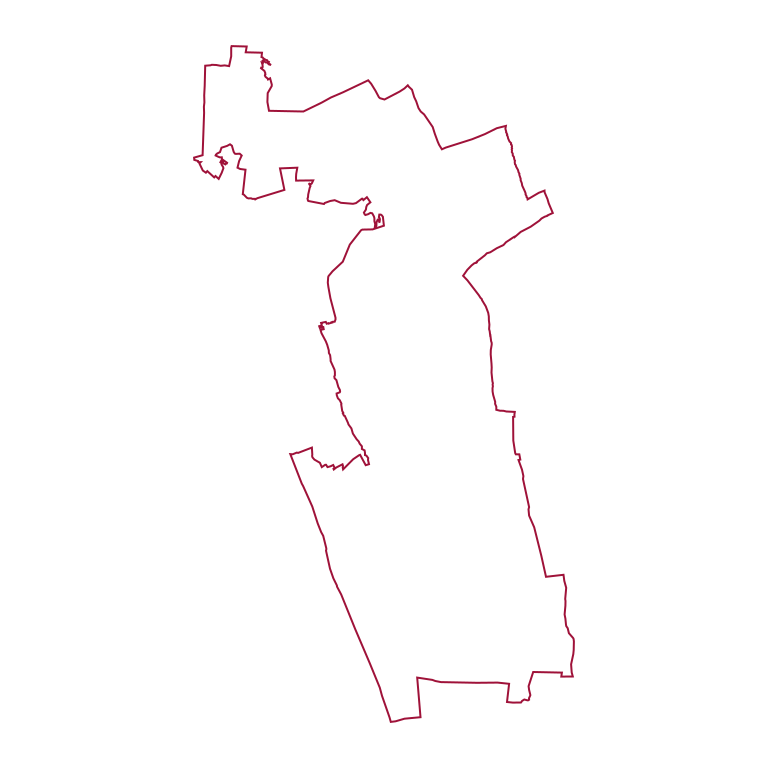 outline of Beresti-Meria, Galati, Romania
{"feature_id": "2599482B493260480415", "entity_name": "Beresti-Meria", "entity_type": "district", "adm_level": 2, "iso_a3": "ROU", "parent_name": "Romania", "parent_adm1": "Galati", "projection": "albers", "projection_center": [27.919, 46.071], "detail": "fine", "context": "isolated", "style": "outline", "palette": "rose", "viewbox_px": 768, "rotation_deg": 0, "n_neighbors": 0, "source": "geoboundaries", "source_scale": "gbopen_adm2", "svg_char_len": 6064}
<svg xmlns="http://www.w3.org/2000/svg" viewBox="0 0 768 768"><path d="M547.4,215.8L547.5,215.4L552.8,213.0L548.7,203.3L547.5,199.1L544.6,192.3L544.5,190.6L538.8,192.8L527.6,199.4L527.3,197.7L526.6,197.2L526.4,195.8L525.6,194.6L525.6,193.4L525.0,191.7L522.2,185.6L521.8,183.2L520.6,180.1L520.7,178.9L519.3,174.7L519.4,173.6L518.6,172.4L518.0,170.0L516.1,166.6L515.7,165.0L515.0,164.2L514.7,162.0L515.0,160.7L514.4,159.8L513.8,156.7L512.8,155.6L512.7,153.5L511.8,152.1L512.0,150.5L511.7,149.4L512.1,148.5L511.7,147.7L512.0,146.7L511.7,145.0L511.0,144.5L511.1,143.1L509.5,141.5L508.1,138.4L507.7,136.4L507.0,135.3L507.2,134.4L506.8,133.9L506.8,133.4L506.1,132.3L506.2,131.6L505.4,128.8L505.9,125.9L496.8,128.2L484.9,134.1L472.2,139.2L445.7,147.6L441.9,149.3L439.1,144.8L437.7,141.6L434.8,133.7L432.7,127.0L424.1,114.4L420.7,111.5L418.5,108.1L416.2,101.3L414.2,97.1L412.0,89.7L408.9,86.8L407.8,85.3L404.4,88.5L399.6,91.6L384.5,99.5L380.0,98.2L378.9,97.2L375.5,90.8L371.2,83.8L368.2,80.3L343.0,92.3L330.9,97.5L321.7,102.6L303.4,111.5L269.0,110.8L267.4,102.0L267.7,93.1L271.7,86.1L271.8,84.6L270.1,78.3L268.0,79.5L267.6,78.5L265.6,76.9L264.9,75.6L265.4,74.4L265.1,74.1L265.3,73.1L264.4,70.9L261.0,68.2L261.2,67.7L262.1,67.9L262.7,67.0L262.5,64.7L261.8,62.5L262.9,62.9L263.1,61.6L262.6,60.7L263.0,60.4L265.6,62.4L266.9,62.4L268.9,64.4L271.0,65.0L268.4,63.0L268.9,61.9L267.6,61.3L267.1,60.2L265.8,59.9L263.3,58.3L262.7,57.5L261.5,57.1L262.0,52.7L245.7,52.3L246.7,46.5L231.6,46.1L231.2,47.6L231.2,56.3L229.1,66.1L224.7,65.4L220.7,65.8L216.3,65.0L211.8,64.8L210.5,65.3L205.2,65.7L204.7,85.8L204.2,95.4L204.4,102.4L203.9,106.8L204.1,112.7L202.6,155.2L194.1,157.6L194.3,159.9L198.0,161.0L198.0,161.8L198.6,162.1L200.7,162.1L199.4,163.4L202.8,170.5L205.9,172.7L207.3,171.1L214.2,177.4L215.5,176.0L218.7,178.9L221.7,172.8L223.4,168.2L223.1,167.0L221.6,164.6L221.3,162.9L220.4,162.3L221.1,160.9L223.2,162.5L223.5,163.5L225.4,164.4L225.8,163.8L226.8,163.5L227.1,162.8L222.0,159.2L221.8,157.3L220.0,157.4L218.6,156.9L215.6,155.5L215.9,154.7L217.2,153.5L220.0,152.1L221.5,147.7L227.1,145.9L230.0,144.3L231.9,145.7L233.7,151.9L234.8,153.6L235.8,153.9L239.7,153.7L241.7,155.5L239.1,161.1L237.5,167.7L240.2,169.0L245.5,169.7L242.8,194.2L243.8,194.6L246.9,197.8L248.4,198.4L251.0,198.3L252.4,198.9L255.3,198.9L255.4,199.3L257.3,198.2L284.4,189.9L280.0,168.4L297.3,167.7L296.2,173.9L296.0,177.2L296.1,180.6L313.2,180.4L311.8,183.4L311.3,183.9L310.0,184.0L308.7,183.3L310.5,186.0L309.7,187.9L308.2,194.5L308.0,197.3L307.5,198.5L308.0,200.7L308.4,201.0L324.0,204.0L324.7,203.0L330.2,201.0L334.7,200.2L340.9,202.8L353.0,203.8L356.0,203.1L361.9,198.7L362.5,198.7L363.4,200.1L366.9,197.2L370.4,202.3L367.1,205.0L366.3,206.9L365.9,209.6L363.9,212.6L364.7,214.4L365.4,215.0L368.1,214.2L370.4,212.9L372.2,213.3L373.9,216.4L374.4,218.1L374.4,221.2L375.2,224.1L374.8,227.6L374.4,228.5L375.3,228.1L376.4,225.7L376.5,222.3L377.7,219.6L378.5,219.5L379.3,222.0L379.6,221.9L379.9,219.4L379.7,218.3L378.9,217.2L379.3,214.6L380.8,214.6L381.8,215.3L382.9,216.8L383.9,225.7L372.6,229.4L362.3,229.6L361.0,230.3L349.8,244.6L342.8,261.7L332.5,271.3L328.6,276.0L328.2,277.0L327.8,282.7L328.4,287.1L330.4,298.2L335.5,317.7L335.5,319.5L334.7,321.7L332.7,321.8L331.7,322.2L332.0,322.6L328.6,323.6L328.4,323.2L326.7,323.7L325.8,321.9L322.5,322.6L321.9,323.5L321.7,322.8L321.1,322.9L321.8,325.5L319.2,326.2L319.8,327.9L323.3,327.1L323.7,329.2L320.5,329.9L321.5,333.2L325.8,341.3L327.2,344.8L328.8,350.4L328.9,353.0L330.1,355.1L330.6,359.1L330.6,361.0L334.5,369.6L334.9,372.0L334.9,375.4L334.3,376.4L334.6,378.3L336.4,380.1L338.3,386.9L339.9,390.0L340.1,391.5L339.8,392.3L336.6,393.5L336.8,395.3L337.9,398.3L339.7,400.1L341.4,403.5L341.4,404.1L341.2,404.4L342.2,410.9L343.3,412.9L342.8,413.3L343.9,415.6L344.8,415.9L348.0,422.9L348.5,424.5L351.4,428.4L352.9,433.6L356.6,439.2L358.7,441.5L359.7,443.7L361.9,446.3L361.9,449.0L364.6,450.4L365.0,453.0L365.0,455.1L366.4,455.6L368.2,458.1L368.0,460.0L369.0,464.2L365.7,465.2L360.1,454.8L359.1,455.2L353.2,459.2L343.1,469.4L342.7,467.3L343.0,465.9L342.5,464.3L336.3,467.5L333.8,469.5L333.5,468.8L334.7,468.0L333.2,465.0L330.5,466.3L327.5,467.1L326.1,464.8L325.2,464.8L321.8,467.1L319.9,462.8L314.4,459.6L312.5,457.4L312.1,456.0L312.3,454.8L311.9,447.6L298.1,452.9L296.8,452.6L292.6,454.3L290.3,454.1L301.8,483.7L303.1,486.0L312.3,506.6L317.7,523.4L321.2,532.2L323.2,535.8L326.3,548.3L326.3,549.6L326.0,550.6L330.0,568.7L333.4,578.4L336.9,585.5L337.0,586.6L341.2,594.5L355.2,629.1L369.8,663.3L379.8,687.7L382.0,695.8L389.5,717.3L390.8,721.9L395.6,721.3L404.5,718.7L420.5,717.2L417.2,677.6L432.4,679.9L435.3,681.0L441.0,682.1L476.9,682.8L497.6,682.6L509.1,683.8L507.0,702.0L512.8,702.6L521.0,702.5L522.1,700.9L524.3,699.5L527.3,700.3L528.2,700.3L529.1,699.7L529.0,698.2L530.3,695.4L530.3,694.8L529.1,689.9L528.6,686.2L533.2,672.0L561.9,672.6L561.3,676.6L572.8,676.5L571.7,672.5L571.1,664.3L573.3,654.1L573.7,650.0L573.9,641.4L573.6,639.0L573.2,638.1L568.9,633.2L567.7,628.2L566.3,626.2L566.0,624.8L565.4,618.6L564.6,614.5L565.4,605.8L565.5,601.0L565.2,599.0L566.2,587.8L564.3,580.9L563.5,574.8L546.0,576.8L541.3,555.7L534.2,527.3L529.1,515.6L528.5,509.3L529.1,507.1L523.0,479.0L523.4,476.1L522.0,469.7L518.5,460.0L520.3,459.6L519.3,454.3L515.8,454.3L515.2,453.1L513.3,440.6L513.1,416.9L514.5,416.7L514.4,414.6L514.8,411.9L506.4,411.5L503.5,410.8L499.9,410.7L496.3,409.8L496.3,406.7L495.1,403.8L495.2,401.9L493.2,395.0L492.6,391.6L492.5,388.2L492.9,386.2L492.6,384.7L492.9,383.2L492.4,381.3L491.5,372.5L491.7,367.5L491.5,363.7L490.7,354.4L490.8,350.0L491.7,344.6L491.7,342.9L491.1,341.1L490.4,335.4L490.2,335.5L489.7,331.3L489.1,329.1L489.4,324.6L488.9,320.3L488.8,316.3L488.2,312.8L485.8,306.4L482.0,300.1L481.8,299.1L480.4,297.7L478.9,295.3L467.4,280.3L463.1,275.8L467.4,269.7L471.6,265.4L474.4,263.2L476.4,262.8L476.9,262.3L476.7,261.7L485.0,255.2L486.8,253.3L490.2,252.3L496.8,248.2L503.5,245.0L506.0,242.2L513.7,237.1L514.7,236.6L514.8,237.0L520.7,231.9L530.7,226.7L539.3,220.7L541.5,218.5L544.7,216.7L547.4,215.8Z" fill="none" stroke="#9f1239" stroke-width="2"/></svg>